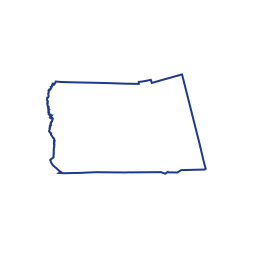 San Isidro, Buenos Aires, Argentina, rotated 210°
{"feature_id": "61730980B51340579014160", "entity_name": "San Isidro", "entity_type": "district", "adm_level": 2, "iso_a3": "ARG", "parent_name": "Argentina", "parent_adm1": "Buenos Aires", "projection": "robinson", "projection_center": [-58.492, -34.488], "detail": "fine", "context": "isolated", "style": "outline", "palette": "blue", "viewbox_px": 256, "rotation_deg": 210, "n_neighbors": 0, "source": "geoboundaries", "source_scale": "gbopen_adm2", "svg_char_len": 4524}
<svg xmlns="http://www.w3.org/2000/svg" viewBox="0 0 256 256"><g transform="rotate(210 128 128)"><path d="M214.8,129.0L214.8,128.8L214.8,128.7L215.0,128.8L215.4,128.7L215.2,128.3L214.9,128.3L214.9,128.2L215.0,128.2L215.0,127.8L214.9,127.7L215.0,127.6L215.1,127.4L214.9,127.3L215.0,127.2L214.7,126.7L214.7,126.3L214.7,126.1L214.9,126.1L214.9,125.8L215.1,125.7L215.1,125.4L215.2,125.2L214.8,125.0L214.7,124.8L214.5,124.6L214.5,124.4L214.6,124.2L214.8,124.2L214.6,123.9L214.6,123.7L214.6,123.0L214.6,122.5L214.5,122.4L214.6,122.2L214.9,122.3L214.9,122.1L215.0,122.1L215.6,121.7L215.6,121.3L215.4,121.2L215.4,120.9L215.5,120.6L215.4,120.4L215.3,120.2L215.2,120.1L214.8,119.9L214.7,120.0L214.6,119.8L214.5,119.4L214.3,118.5L214.3,118.3L214.2,118.2L214.3,117.9L214.0,117.4L213.7,117.1L213.4,116.7L213.2,116.6L213.1,116.4L213.0,116.2L212.7,116.0L212.7,115.9L212.6,115.3L212.4,114.9L212.4,114.7L212.4,114.4L212.5,114.3L212.6,114.2L213.1,113.9L213.1,113.6L212.8,113.1L212.7,112.8L212.3,111.9L212.1,111.8L211.7,111.4L211.4,111.3L211.1,111.3L210.9,111.2L210.9,110.9L211.0,110.6L210.9,110.5L210.7,110.1L210.4,110.1L210.4,109.8L210.4,109.7L210.2,109.0L209.9,108.9L210.0,108.7L209.8,108.5L209.9,108.4L209.7,108.2L209.4,108.1L209.1,107.7L209.0,107.4L208.9,107.3L208.7,107.2L208.3,106.9L208.1,106.9L208.2,106.7L208.1,106.4L207.8,106.2L207.7,106.2L207.3,106.1L207.5,105.8L207.2,105.6L206.8,105.3L206.7,105.2L206.2,105.0L206.0,104.9L206.3,104.7L206.2,104.5L206.1,104.4L206.2,104.2L206.3,104.2L206.1,103.9L205.9,103.9L205.7,103.9L205.8,103.7L205.7,103.5L205.5,103.4L205.5,103.2L205.3,102.7L205.2,102.7L204.8,102.6L204.7,102.2L204.3,102.3L204.2,102.2L204.3,102.0L204.5,102.0L204.6,101.8L204.6,101.7L204.4,101.7L204.2,101.7L204.1,101.2L203.9,101.0L203.6,100.8L203.4,100.7L203.4,100.2L203.2,100.2L202.7,100.1L202.1,100.7L201.9,100.9L201.5,100.7L201.7,100.1L201.8,100.0L201.8,99.7L201.5,99.6L201.4,99.6L201.2,100.0L201.1,99.8L201.2,99.6L201.1,99.4L201.0,99.5L200.6,99.8L200.3,100.3L200.2,100.4L200.2,100.1L200.3,99.8L200.8,98.5L200.7,98.3L200.5,98.1L200.6,97.9L200.3,97.8L200.2,97.8L200.1,98.0L199.8,97.9L199.7,97.8L199.4,97.9L199.3,98.1L199.1,98.2L198.8,98.3L198.5,98.6L198.5,98.9L198.4,98.9L198.1,98.7L197.8,98.5L197.7,98.0L197.6,97.8L197.5,97.6L197.5,97.3L197.4,97.0L197.4,96.9L197.4,96.4L197.4,96.1L197.2,95.8L197.1,95.7L197.2,95.3L197.5,95.0L197.5,94.9L197.5,94.7L197.4,94.6L197.4,94.4L197.3,94.2L197.1,93.8L197.1,93.7L197.3,93.4L197.3,93.2L197.0,93.1L196.8,92.8L196.7,92.7L196.8,92.6L197.0,92.6L196.8,92.3L196.6,92.2L196.4,92.1L196.6,91.9L196.7,91.7L196.8,91.5L196.8,91.2L196.8,90.9L196.7,90.8L196.4,90.5L196.2,90.6L196.2,90.3L196.4,90.1L196.3,89.8L196.1,89.6L195.9,89.6L195.9,89.4L195.8,89.2L195.7,89.1L195.8,88.9L195.9,88.6L195.7,88.4L195.4,88.3L195.2,88.1L195.1,87.2L195.0,86.6L195.0,86.1L194.9,85.9L194.4,85.7L194.1,85.5L193.9,85.5L193.7,85.4L193.6,85.2L193.0,85.1L192.7,84.9L192.3,85.0L192.2,85.0L192.1,84.8L191.7,84.8L191.6,84.6L191.7,84.3L191.8,84.2L191.3,83.7L190.7,83.4L190.1,83.2L189.8,83.0L189.6,82.9L189.4,82.8L189.3,82.7L188.7,82.5L188.2,82.2L187.9,82.2L187.7,81.9L187.1,81.7L186.8,81.8L186.6,81.8L186.2,81.4L186.0,81.2L185.9,81.0L185.9,80.8L185.9,80.6L185.9,80.3L185.7,80.1L185.4,80.1L185.1,80.1L185.1,79.9L185.2,79.6L185.2,79.2L184.8,78.8L184.7,78.8L184.7,78.7L184.9,78.4L184.8,78.1L184.7,78.0L184.5,77.9L184.5,77.7L184.4,77.5L184.2,77.4L183.9,77.2L183.7,77.2L183.6,76.9L183.6,76.5L183.2,76.4L183.2,76.1L183.2,75.9L182.7,75.2L182.7,74.9L182.6,74.6L182.4,74.5L182.4,74.2L182.2,74.0L182.2,73.7L181.9,72.7L181.5,72.4L181.3,72.2L181.2,71.9L181.2,71.5L181.0,71.2L180.8,70.8L180.7,70.6L180.4,70.3L180.3,70.2L180.3,69.9L180.0,69.4L179.8,69.2L179.7,69.2L179.5,68.6L179.5,68.3L179.1,68.0L179.0,67.8L179.0,67.6L179.0,67.3L178.8,67.0L178.5,66.3L178.2,66.2L177.8,65.4L177.9,65.0L179.3,62.1L179.4,61.6L179.3,61.4L179.1,61.5L177.9,60.2L177.2,59.6L176.1,59.0L174.4,58.2L173.9,58.0L173.1,57.9L171.7,57.6L171.2,57.6L170.8,57.5L170.1,57.4L168.1,56.9L167.2,56.8L165.9,56.4L165.2,56.4L164.3,56.4L165.2,54.6L160.9,56.8L146.0,65.8L141.1,69.0L135.4,72.6L133.5,73.8L117.7,82.7L106.6,89.0L106.3,89.3L104.0,90.7L103.5,90.9L77.3,106.3L72.9,107.0L71.7,109.7L71.4,109.4L65.8,112.6L63.0,114.1L60.9,118.1L40.8,130.4L40.6,130.9L40.3,131.5L46.3,137.5L56.4,148.3L86.3,179.1L93.1,186.1L108.0,201.4L118.2,191.0L123.3,185.8L129.9,178.9L132.3,181.1L137.4,176.6L139.5,174.9L141.7,173.3L140.7,171.6L152.0,165.3L163.3,159.3L177.3,151.7L199.1,139.7L208.8,134.5L213.8,132.1L213.6,131.2L213.6,128.9L214.8,129.0Z" fill="none" stroke="#1e3a8a" stroke-width="2"/></g></svg>